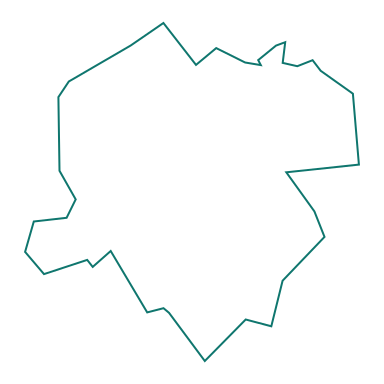 the district of Roanoke, Virginia, United States of America
{"feature_id": "52423323B30503653704079", "entity_name": "Roanoke", "entity_type": "district", "adm_level": 2, "iso_a3": "USA", "parent_name": "United States of America", "parent_adm1": "Virginia", "projection": "albers", "projection_center": [-79.961, 37.274], "detail": "fine", "context": "isolated", "style": "outline", "palette": "teal", "viewbox_px": 384, "rotation_deg": 0, "n_neighbors": 0, "source": "geoboundaries", "source_scale": "gbopen_adm2", "svg_char_len": 544}
<svg xmlns="http://www.w3.org/2000/svg" viewBox="0 0 384 384"><path d="M33.8,221.5L25.1,251.9L44.0,274.1L87.2,259.9L92.7,266.9L110.7,251.0L147.2,312.4L163.5,308.2L169.0,312.8L204.8,361.0L245.7,319.5L271.3,326.3L282.6,280.7L324.5,236.9L314.4,211.4L286.3,172.3L358.9,164.6L352.9,93.7L320.7,70.8L312.6,60.2L297.3,66.2L282.7,62.9L285.2,42.2L276.0,45.6L258.2,60.1L260.8,65.1L245.1,62.5L216.2,48.1L196.0,64.9L163.4,23.0L130.7,45.5L68.8,81.5L58.4,97.1L59.5,170.8L75.7,199.4L66.6,217.8L33.8,221.5Z" fill="none" stroke="#0f766e" stroke-width="2"/></svg>